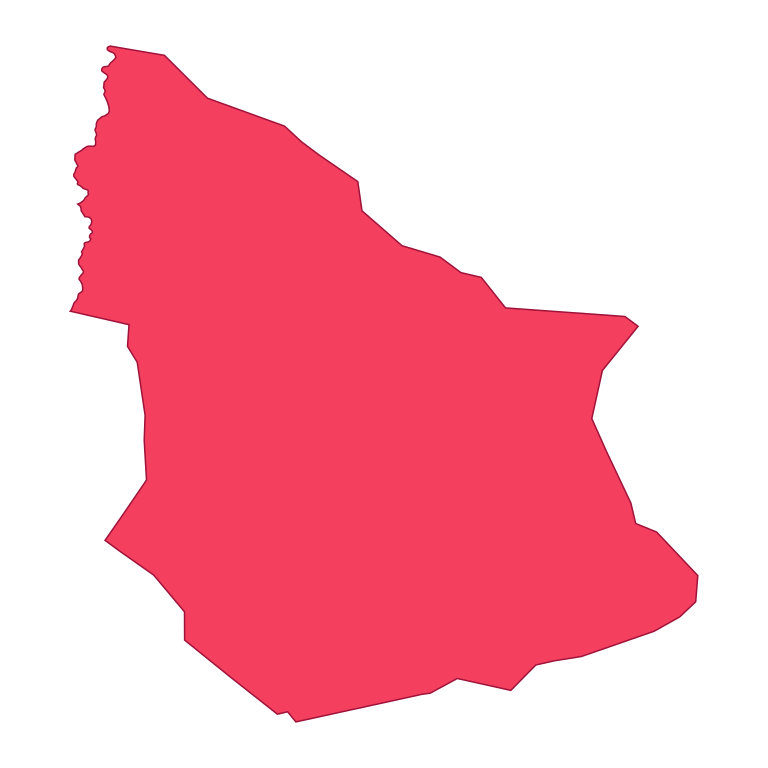 Duut, Hovd, Mongolia
{"feature_id": "93677404B66868147978654", "entity_name": "Duut", "entity_type": "district", "adm_level": 2, "iso_a3": "MNG", "parent_name": "Mongolia", "parent_adm1": "Hovd", "projection": "robinson", "projection_center": [91.265, 47.542], "detail": "fine", "context": "isolated", "style": "filled", "palette": "rose", "viewbox_px": 768, "rotation_deg": 0, "n_neighbors": 0, "source": "geoboundaries", "source_scale": "gbopen_adm2", "svg_char_len": 2709}
<svg xmlns="http://www.w3.org/2000/svg" viewBox="0 0 768 768"><path d="M295.9,721.9L422.0,694.3L430.2,693.2L457.2,678.5L510.8,690.4L535.8,665.0L554.3,660.8L581.4,656.5L639.3,636.4L654.2,631.2L679.7,616.9L695.7,601.8L697.8,575.6L656.7,532.1L635.7,523.5L630.9,503.1L606.4,451.3L591.8,418.6L602.4,370.5L638.1,326.3L624.9,316.5L505.5,307.9L481.3,277.4L460.9,272.6L440.1,257.1L402.0,245.7L362.0,210.8L357.8,181.6L319.1,155.0L301.5,141.8L284.5,126.1L207.5,98.2L164.4,55.3L130.7,49.6L110.4,46.1L108.9,46.5L108.1,47.0L107.6,47.4L107.2,48.0L107.3,49.5L108.4,50.6L110.1,51.6L111.4,52.1L112.8,52.6L114.5,53.9L115.5,56.1L115.9,57.3L114.9,58.6L113.7,60.2L112.5,61.2L111.5,62.2L110.4,63.0L109.6,64.3L108.7,65.6L107.6,66.4L105.2,66.6L103.4,67.0L102.6,67.7L101.9,68.8L101.6,70.1L102.0,71.2L104.5,73.1L106.7,74.5L107.7,76.2L107.6,77.9L106.5,79.6L105.1,81.1L104.1,82.3L104.0,84.1L103.8,85.9L103.6,87.5L104.8,90.1L105.2,91.4L104.3,93.1L103.9,94.5L104.5,95.8L105.5,97.7L106.2,99.3L107.1,101.2L107.7,102.8L108.1,104.4L108.8,106.3L109.0,108.1L109.3,111.4L108.1,113.6L104.9,115.8L101.8,116.8L100.6,117.8L97.6,120.3L96.7,122.6L96.2,124.1L96.4,125.7L96.0,127.4L95.1,129.3L95.2,130.6L96.3,133.5L96.6,135.4L95.8,136.7L95.2,138.8L95.7,142.1L95.5,144.8L94.3,146.1L92.7,146.3L91.1,146.2L89.4,146.1L88.4,146.2L86.7,146.6L84.6,148.0L83.1,148.9L81.9,150.0L80.4,151.1L78.2,152.3L77.1,153.2L75.3,154.1L75.0,155.1L75.0,157.4L74.8,159.0L74.9,160.3L75.7,161.6L76.1,162.4L76.6,163.5L77.7,165.6L77.7,166.5L77.2,167.3L76.4,167.8L75.8,169.4L75.0,172.3L74.0,173.8L73.7,174.9L73.8,176.3L75.6,178.7L77.7,181.3L77.9,182.4L77.4,183.3L77.4,184.0L78.2,184.8L79.6,185.4L81.9,187.1L83.1,188.4L85.9,189.4L87.8,190.1L88.3,190.9L88.1,191.5L88.0,192.6L88.4,194.2L87.8,195.5L86.1,197.0L85.2,197.8L84.3,199.6L82.9,201.1L80.1,203.1L77.7,204.1L78.5,204.8L80.2,206.1L81.1,208.7L81.1,210.6L85.0,216.8L87.5,216.8L89.0,217.3L91.1,218.8L91.8,221.5L91.1,224.2L89.9,226.0L89.1,227.0L89.2,228.4L91.5,230.1L92.4,231.5L92.1,233.2L90.6,233.9L89.5,236.0L89.7,237.7L90.8,238.8L89.9,241.0L88.3,241.9L85.2,242.6L84.2,243.5L84.5,246.5L82.5,250.3L81.5,252.0L82.3,253.6L81.7,255.4L80.1,258.1L78.6,260.1L78.5,261.7L78.7,262.8L78.6,263.8L79.1,264.7L79.7,265.7L80.4,266.6L81.3,267.8L81.9,268.7L82.1,269.6L83.4,270.9L83.2,272.9L80.8,275.5L79.2,277.8L79.1,279.4L80.5,281.1L82.1,284.1L82.6,287.1L82.7,288.9L82.6,290.8L80.3,292.8L78.5,293.9L77.7,298.0L76.5,300.4L74.8,302.0L73.8,303.4L73.1,305.7L72.3,307.4L71.6,309.5L70.2,311.2L129.0,324.7L127.5,346.4L137.2,362.2L145.1,415.3L144.2,440.4L146.5,480.0L124.3,512.6L122.8,514.8L105.0,540.4L120.2,551.5L153.7,575.1L184.5,611.8L184.6,640.1L229.8,676.6L277.4,714.2L287.6,711.8L295.9,721.9Z" fill="#f43f5e" stroke="#9f1239" stroke-width="1.5"/></svg>